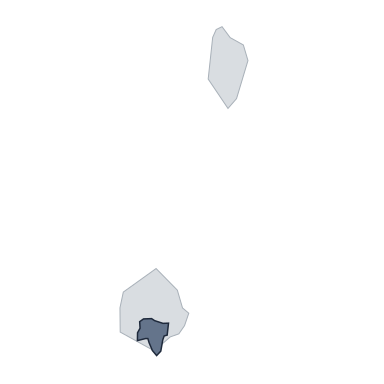 location of Saint Paul within Antigua and Barbuda, rotated 18°
{"feature_id": "ATG-5096", "entity_name": "Saint Paul", "entity_type": "Parish", "adm_level": 1, "iso_a3": "ATG", "parent_name": "Antigua and Barbuda", "parent_adm1": "", "projection": "equal_earth", "projection_center": [-61.766, 17.027], "detail": "fine", "context": "in_parent", "style": "filled", "palette": "slate", "viewbox_px": 384, "rotation_deg": 18, "n_neighbors": 0, "source": "natural_earth", "source_scale": "10m", "svg_char_len": 716}
<svg xmlns="http://www.w3.org/2000/svg" viewBox="0 0 384 384"><g transform="rotate(18 192 192)"><path d="M216.1,336.5L205.1,354.8L167.0,347.4L159.3,324.5L157.6,308.4L181.5,275.9L208.4,289.9L218.8,305.2L226.4,308.3L226.2,321.4L223.3,331.0L216.1,336.5ZM205.5,89.4L200.4,101.4L172.5,79.6L163.9,38.6L164.8,30.0L169.5,25.5L180.6,33.4L195.4,36.3L204.6,49.7L205.5,89.4Z" fill="#d9dde1" stroke="#a8b0b8" stroke-width="1"/><path d="M212.6,335.8L210.0,337.5L209.9,341.7L211.5,353.0L208.9,358.5L203.3,355.0L197.7,348.5L195.3,345.0L193.0,345.8L186.0,350.2L183.7,342.7L184.7,337.6L182.3,331.5L185.1,327.7L192.7,324.9L196.2,325.9L205.0,325.9L210.2,324.0L212.6,335.8Z" fill="#64748b" stroke="#1e293b" stroke-width="1.5"/></g></svg>